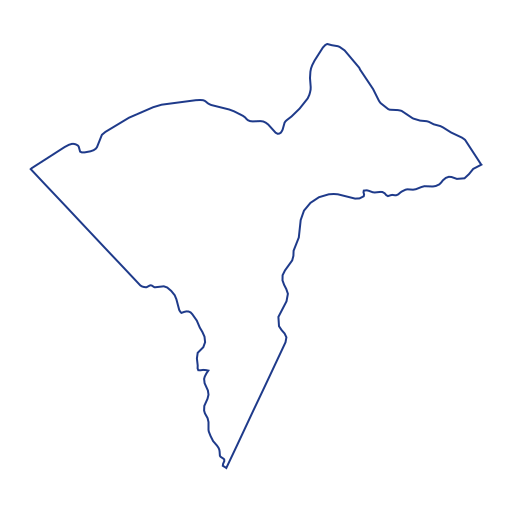 outline of Sangha-Mbaéré
{"feature_id": "CAF-802", "entity_name": "Sangha-Mbaéré", "entity_type": "Economic Prefecture", "adm_level": 1, "iso_a3": "CAF", "parent_name": "Central African Republic", "parent_adm1": "", "projection": "mercator", "projection_center": [16.411, 3.248], "detail": "fine", "context": "isolated", "style": "outline", "palette": "blue", "viewbox_px": 512, "rotation_deg": 0, "n_neighbors": 0, "source": "natural_earth", "source_scale": "10m", "svg_char_len": 2990}
<svg xmlns="http://www.w3.org/2000/svg" viewBox="0 0 512 512"><path d="M481.3,164.7L473.2,168.9L469.0,174.1L464.5,178.3L456.9,178.9L451.5,177.0L448.8,176.8L445.8,177.9L442.9,180.3L441.2,182.5L439.3,184.4L435.8,186.0L432.8,186.5L424.4,186.2L421.5,187.0L415.9,189.2L413.0,189.7L407.4,189.3L405.5,189.7L402.0,191.4L400.5,192.4L398.2,194.4L396.4,195.2L395.2,195.3L392.3,194.9L390.7,195.2L387.9,196.1L386.2,195.1L384.7,193.3L382.4,192.0L380.4,191.9L374.6,192.5L372.6,192.2L368.8,190.8L366.8,190.3L363.8,190.6L363.5,192.3L364.1,194.5L363.7,196.3L359.5,198.4L355.1,198.6L337.9,194.3L333.7,194.0L328.8,194.3L319.0,197.2L310.5,202.8L304.0,210.6L300.7,220.0L298.8,237.5L293.6,250.7L293.4,255.9L292.2,260.4L285.0,270.4L282.6,275.2L282.5,280.4L284.1,284.8L286.3,289.1L287.9,293.8L286.5,301.3L278.4,316.9L279.0,326.2L281.6,330.1L284.6,333.5L286.4,337.3L285.5,342.3L279.5,355.1L274.7,365.3L271.8,371.5L262.9,390.4L253.3,410.6L246.6,424.9L237.1,445.2L226.3,468.0L225.5,467.4L222.8,465.8L223.1,463.8L224.3,461.1L224.2,459.4L223.5,458.7L220.6,456.8L219.9,455.8L219.6,451.6L219.3,449.7L218.5,447.8L217.0,445.6L213.1,441.1L210.5,435.9L208.8,431.6L208.5,429.9L208.5,422.1L207.6,418.2L204.9,413.3L204.1,410.6L204.3,405.9L207.5,398.8L208.5,394.7L207.9,390.5L204.6,383.2L204.1,378.9L204.8,376.5L206.4,373.4L208.3,370.6L205.9,370.1L203.2,369.9L200.4,370.3L198.3,370.2L197.6,368.4L197.7,365.5L196.9,358.4L197.7,352.8L203.3,347.2L205.1,342.2L204.5,336.7L202.4,332.0L199.8,327.6L196.8,320.6L192.3,314.2L190.6,312.4L188.5,311.5L186.4,311.4L184.2,311.9L181.4,312.9L180.5,312.0L179.8,311.0L179.2,309.9L176.4,299.3L174.7,295.2L171.2,290.9L167.2,287.5L163.8,286.3L154.8,287.3L154.0,287.0L151.7,285.5L150.4,285.3L149.4,285.7L147.0,287.0L146.1,287.3L143.5,286.9L141.9,286.4L140.3,285.4L124.6,268.7L104.9,247.9L84.2,225.9L62.5,202.8L44.8,184.1L30.7,169.1L31.8,168.1L64.7,147.0L68.9,144.8L71.8,143.9L73.8,143.9L75.6,144.3L77.0,145.0L78.1,145.7L78.7,146.6L80.1,151.6L81.8,152.4L84.6,152.4L90.5,151.3L93.6,150.2L95.8,148.7L97.0,147.1L101.9,134.8L105.4,131.9L129.0,117.7L153.2,107.2L161.6,104.7L195.8,100.2L200.1,100.0L203.0,100.2L204.7,100.8L206.2,101.9L207.7,103.2L209.4,104.2L211.2,105.0L229.2,109.5L234.0,111.3L242.9,115.8L245.1,117.4L246.5,119.0L247.9,120.2L250.0,121.1L252.7,121.4L260.5,121.1L263.3,121.5L265.8,122.7L268.2,124.5L275.6,132.7L277.7,133.8L279.2,133.6L280.7,132.8L281.7,131.4L282.6,129.7L284.6,122.6L285.6,121.2L286.8,120.1L291.5,116.5L299.6,108.6L307.7,98.4L309.3,94.9L310.0,92.5L310.6,89.7L310.7,87.1L310.0,78.1L310.4,71.7L311.0,68.5L312.2,65.2L314.6,60.5L322.9,47.5L325.4,44.9L327.2,44.0L331.8,45.2L337.8,46.2L339.6,46.9L344.6,50.4L359.1,67.6L359.6,68.5L360.0,69.5L373.1,89.1L378.9,100.7L379.9,102.2L380.7,103.2L388.2,109.1L389.7,109.7L397.9,110.1L400.1,110.5L401.6,110.9L412.4,118.1L413.4,118.6L420.1,120.6L426.6,121.2L427.8,121.5L429.0,121.9L433.7,124.3L440.4,126.1L443.0,127.4L451.1,132.5L461.9,137.6L463.8,138.9L465.1,139.9L481.2,164.6L481.3,164.7Z" fill="none" stroke="#1e3a8a" stroke-width="2"/></svg>